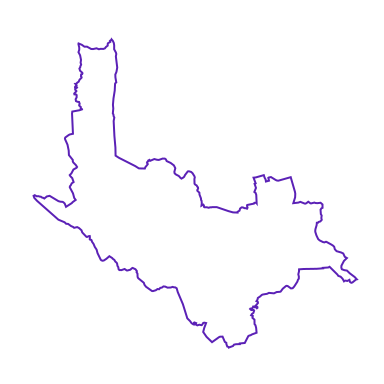 Pleiku, Gia Lai, Vietnam (orthographic projection), rotated 86°
{"feature_id": "81297802B26419635481013", "entity_name": "Pleiku", "entity_type": "district", "adm_level": 2, "iso_a3": "VNM", "parent_name": "Vietnam", "parent_adm1": "Gia Lai", "projection": "orthographic", "projection_center": [107.982, 13.96], "detail": "fine", "context": "isolated", "style": "outline", "palette": "violet", "viewbox_px": 384, "rotation_deg": 86, "n_neighbors": 0, "source": "geoboundaries", "source_scale": "gbopen_adm2", "svg_char_len": 5991}
<svg xmlns="http://www.w3.org/2000/svg" viewBox="0 0 384 384"><g transform="rotate(86 192 192)"><path d="M209.8,76.7L211.1,78.6L211.5,79.6L211.4,80.4L209.4,84.6L210.0,86.7L210.2,91.7L204.5,89.5L200.9,89.1L198.9,89.3L184.1,92.5L186.7,104.9L186.6,106.2L185.9,107.6L182.6,112.2L182.9,114.4L183.2,114.9L186.1,114.4L186.7,117.5L184.6,117.7L182.7,118.6L180.2,119.2L181.9,127.3L182.0,129.6L187.8,127.9L188.2,129.0L192.4,127.9L196.3,129.8L197.4,128.6L199.3,128.1L207.7,128.3L207.4,128.5L207.1,130.0L207.2,130.6L207.9,131.0L208.8,137.8L209.5,138.1L211.6,137.7L212.5,138.3L212.0,139.1L211.8,140.7L210.9,142.4L210.8,143.6L211.9,145.2L213.9,145.9L215.0,148.0L215.7,148.0L215.2,152.5L213.6,157.0L208.8,168.4L208.5,173.0L208.7,174.0L208.5,174.9L208.9,176.4L208.3,178.2L208.1,180.6L207.8,181.0L206.2,181.1L205.4,181.6L206.3,183.5L203.9,183.0L201.3,183.1L200.6,183.5L199.0,183.5L195.1,184.7L193.2,184.7L191.1,186.6L190.4,186.6L189.1,185.7L187.8,185.7L187.0,186.4L185.9,186.8L184.7,188.4L183.9,188.9L179.2,188.7L177.6,188.2L176.4,188.5L173.2,190.2L171.9,191.5L171.1,193.7L171.2,194.8L174.6,197.8L176.2,198.7L177.1,199.9L177.9,201.6L176.8,202.8L175.6,203.6L174.9,204.4L173.5,206.7L172.2,208.0L170.7,208.2L167.1,207.0L164.2,208.2L161.5,211.3L159.4,215.1L157.6,215.8L156.8,216.8L156.6,218.9L157.7,222.9L157.4,224.7L156.5,227.3L158.0,231.6L157.0,232.2L157.6,233.5L158.3,233.6L159.0,234.6L159.8,234.9L160.5,234.3L161.2,234.2L164.1,236.9L165.3,237.4L164.8,242.8L164.7,243.4L162.2,246.8L152.8,262.5L150.4,265.7L142.4,265.3L130.6,265.5L115.7,265.2L112.3,264.3L110.9,264.9L109.1,265.0L108.2,265.5L103.2,264.7L99.6,264.8L93.2,263.8L85.4,262.0L78.7,261.2L77.8,260.6L77.4,259.9L72.4,260.4L69.5,260.3L66.9,259.0L62.6,257.9L51.5,258.5L49.0,257.9L47.5,258.2L44.2,259.7L40.2,259.4L37.9,259.6L35.6,260.5L34.3,261.5L34.7,261.6L34.9,262.5L35.3,262.6L35.6,263.3L36.6,263.1L37.7,265.4L38.2,265.7L40.1,265.9L41.4,267.8L42.6,268.8L43.1,270.4L42.8,273.2L43.1,274.9L42.0,277.2L42.5,280.7L42.3,282.6L39.7,286.6L39.5,289.2L37.5,291.6L35.9,294.8L36.4,295.0L40.2,294.4L42.4,294.6L44.6,295.5L47.8,294.1L52.5,293.5L55.3,294.1L57.2,293.7L58.8,294.6L59.8,294.8L61.0,295.7L63.2,295.2L65.4,293.1L66.0,293.0L66.8,293.4L67.0,294.4L68.9,294.7L69.8,294.1L70.4,294.3L72.1,296.3L74.1,297.4L75.0,299.0L76.0,299.6L76.0,300.8L77.7,299.8L78.7,301.2L79.2,301.3L79.4,299.6L79.8,299.4L80.8,301.3L81.8,301.4L83.1,300.3L83.4,300.3L85.5,302.6L86.4,302.5L86.7,300.7L87.3,300.3L89.6,300.5L91.3,301.6L93.2,301.4L94.0,300.0L94.3,298.4L96.2,297.9L97.4,298.5L97.9,298.5L99.5,297.0L100.7,297.2L101.5,296.1L101.9,296.0L102.6,298.6L103.4,305.8L105.3,306.2L125.6,306.7L126.1,310.0L126.6,311.1L128.8,314.6L129.6,315.0L130.6,314.9L136.1,312.9L142.1,312.1L146.6,312.2L151.7,308.7L153.1,308.8L154.2,308.4L157.0,306.0L159.0,304.9L159.8,305.5L161.3,308.7L165.0,311.0L166.6,312.8L167.8,312.2L169.8,310.5L173.8,309.4L175.0,311.4L176.9,312.5L177.8,313.4L178.8,313.6L185.1,310.8L189.7,309.9L191.8,308.6L193.8,311.8L194.7,312.7L198.0,318.7L194.6,319.8L193.3,321.0L192.8,321.8L192.5,323.9L191.8,325.9L185.9,334.3L186.3,337.1L188.2,339.8L187.4,340.9L187.2,341.8L186.1,343.2L186.0,344.2L185.5,345.3L185.4,347.3L184.2,349.1L184.8,350.3L186.9,349.7L190.0,347.2L210.3,327.2L213.3,321.2L214.9,319.8L215.2,317.8L217.5,315.1L218.6,313.0L219.5,312.1L219.0,309.0L220.1,307.2L222.5,304.9L224.7,304.3L229.4,300.4L229.5,299.7L228.9,298.3L228.8,297.1L229.8,297.0L232.1,297.3L232.5,296.9L232.7,295.9L233.2,295.5L234.5,295.3L237.0,293.8L240.0,292.8L242.8,291.2L246.4,290.5L253.1,287.8L253.7,287.3L254.3,286.2L254.2,284.8L252.7,282.1L250.3,278.9L252.4,276.1L253.0,275.8L254.3,274.2L256.0,273.4L257.3,272.1L258.3,271.7L260.5,271.5L261.8,270.8L263.9,270.6L264.8,269.9L265.0,267.8L264.1,264.6L265.7,262.6L265.8,261.9L265.2,258.9L263.9,257.3L263.6,256.5L265.1,253.8L267.1,252.5L268.1,252.9L269.6,252.1L272.9,252.2L274.2,251.7L279.2,246.4L281.2,245.9L283.3,244.5L288.0,238.8L288.1,237.7L287.5,235.0L286.4,233.2L286.7,231.6L285.4,230.3L285.3,228.8L284.2,227.1L284.5,225.3L285.7,223.1L285.8,219.9L285.3,217.9L285.8,216.8L286.0,215.3L287.0,214.0L290.8,213.2L303.3,208.9L317.7,205.5L320.7,202.9L322.8,201.6L324.2,199.8L324.3,199.3L322.5,199.1L322.3,198.7L323.1,197.0L324.4,197.6L325.4,196.0L324.9,194.0L325.5,191.8L325.2,191.2L323.4,189.9L323.2,188.9L323.7,187.1L328.5,189.3L332.4,190.6L337.5,187.6L343.2,182.5L338.7,175.2L338.3,174.1L338.4,171.6L343.8,169.7L344.8,168.3L346.1,168.3L348.6,167.6L349.3,166.0L349.7,166.0L348.5,161.9L347.2,160.7L346.9,158.6L347.1,154.9L346.4,154.9L346.3,149.9L339.7,145.9L339.2,144.9L339.0,143.6L338.2,142.0L336.9,137.4L332.0,137.5L329.3,138.0L328.2,138.8L327.6,138.8L323.7,138.6L321.7,140.5L319.9,140.0L319.1,141.6L317.9,140.8L316.9,139.2L314.7,138.3L313.9,138.8L313.9,141.1L312.7,142.2L312.4,141.9L312.4,140.8L312.1,139.9L310.5,138.9L311.4,137.4L311.3,136.3L312.5,135.4L312.1,134.8L311.3,134.8L309.9,136.6L309.2,135.7L307.3,133.9L306.1,134.1L305.4,135.3L304.0,134.2L302.3,133.7L301.0,131.4L299.5,129.5L299.2,128.5L298.8,124.2L298.0,122.3L298.8,117.3L297.7,114.5L297.7,111.2L297.5,110.5L294.8,108.2L292.4,104.9L292.2,104.1L292.5,103.1L295.1,100.0L295.0,98.3L293.5,96.7L291.0,94.8L288.7,93.1L287.1,92.5L285.9,91.5L283.8,91.3L281.5,91.7L278.7,90.8L276.6,90.6L276.6,85.9L277.3,73.1L277.3,66.6L276.8,66.7L276.8,61.3L276.2,60.0L284.5,52.7L285.9,51.9L286.8,49.7L287.5,49.1L289.1,47.8L291.7,46.6L291.2,45.9L291.1,45.0L291.6,43.3L290.6,41.1L292.7,40.7L293.6,39.6L293.7,39.1L293.3,38.1L290.7,34.4L290.6,33.7L288.1,35.7L284.1,40.3L281.2,42.9L280.6,45.5L279.5,47.9L277.9,48.3L276.0,48.1L271.3,45.2L268.7,42.1L267.3,44.1L263.9,45.4L262.8,47.3L261.1,51.9L259.1,53.5L256.5,54.0L255.3,55.1L254.2,56.6L251.1,61.4L251.0,61.9L251.5,63.4L251.1,64.8L249.2,68.0L247.8,69.4L244.0,70.9L240.3,71.8L238.8,71.7L237.5,71.4L233.8,70.0L231.4,69.6L231.4,68.4L230.7,67.8L230.3,66.0L228.8,64.5L227.1,64.8L224.5,64.3L223.1,65.0L218.6,65.0L217.3,64.0L216.9,62.9L213.5,62.7L211.7,64.5L211.9,67.6L211.6,69.6L211.1,70.6L211.7,74.1L211.5,74.7L209.8,76.7Z" fill="none" stroke="#5b21b6" stroke-width="2"/></g></svg>